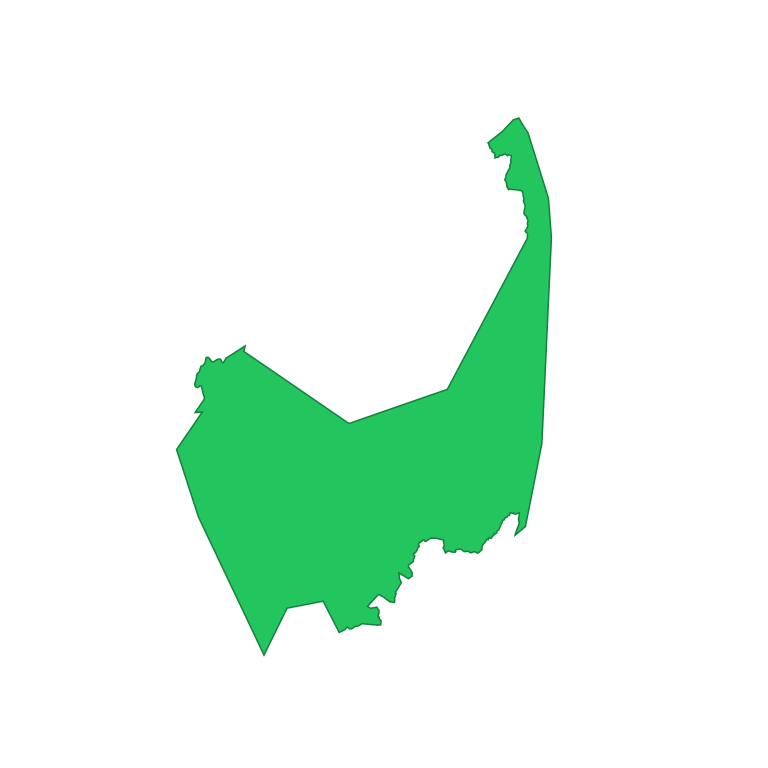 outline of Santa María Guienagati, Oaxaca, Mexico, rotated 19°
{"feature_id": "50627088B17469590564501", "entity_name": "Santa María Guienagati", "entity_type": "district", "adm_level": 2, "iso_a3": "MEX", "parent_name": "Mexico", "parent_adm1": "Oaxaca", "projection": "natural_earth1", "projection_center": [-95.328, 16.779], "detail": "fine", "context": "isolated", "style": "filled", "palette": "green", "viewbox_px": 768, "rotation_deg": 19, "n_neighbors": 0, "source": "geoboundaries", "source_scale": "gbopen_adm2", "svg_char_len": 5971}
<svg xmlns="http://www.w3.org/2000/svg" viewBox="0 0 768 768"><g transform="rotate(19 384 384)"><path d="M438.4,99.6L434.5,96.7L430.0,93.1L425.7,89.2L424.9,88.6L420.2,92.3L413.7,106.6L413.0,107.7L405.1,120.1L404.1,121.8L403.8,122.2L404.8,122.4L405.0,123.2L405.2,123.5L405.5,123.9L405.8,124.4L406.3,124.9L406.8,125.4L407.1,126.0L407.4,126.5L408.1,126.7L408.9,126.6L409.4,126.8L409.8,127.0L410.0,127.2L410.4,129.0L411.8,129.5L413.0,129.6L413.5,130.2L414.1,130.9L414.4,131.5L414.5,132.2L414.7,132.7L415.4,133.4L415.3,134.1L416.1,133.6L416.8,132.9L417.9,132.7L418.4,132.2L418.7,131.7L418.9,130.5L419.6,130.1L420.4,129.7L421.8,128.8L422.5,127.7L423.4,127.0L424.6,127.3L426.3,128.0L426.6,127.6L426.8,127.3L427.3,126.7L427.9,126.5L429.7,126.8L430.0,126.8L430.5,127.6L430.7,129.5L430.9,130.4L431.4,132.2L431.9,133.4L431.9,134.1L431.7,136.2L432.2,137.3L432.4,137.9L432.5,138.8L432.5,139.5L431.9,141.7L431.6,144.5L431.3,146.3L431.8,148.4L431.9,148.8L431.9,150.0L431.6,151.1L431.9,151.9L432.9,152.5L433.6,153.1L434.4,154.2L434.9,155.3L435.5,156.4L436.2,157.3L436.3,157.9L437.2,158.4L438.0,159.3L438.4,159.7L439.2,158.9L440.2,158.6L441.6,158.4L442.6,158.2L443.9,157.9L445.5,157.3L446.8,157.1L448.1,156.9L449.0,156.6L450.0,156.6L451.0,156.7L452.0,156.7L452.5,157.8L453.2,158.4L453.6,159.0L454.0,160.1L454.5,161.1L454.9,161.7L455.5,162.3L456.1,163.1L456.1,164.2L456.3,165.7L457.0,166.7L458.2,167.8L459.1,169.1L459.7,170.5L460.0,171.8L460.1,174.5L460.4,176.1L460.9,177.3L461.3,177.7L462.2,178.4L464.0,179.1L466.7,182.3L467.2,183.7L467.1,184.5L467.6,186.3L468.3,187.1L468.5,188.5L468.3,190.9L468.0,192.2L467.6,192.9L467.6,193.4L468.1,194.0L469.0,194.3L470.3,194.8L471.0,195.6L471.3,197.0L471.4,197.6L471.5,198.0L472.1,199.2L445.6,368.5L406.9,398.8L391.4,411.0L379.7,420.2L363.7,432.8L303.1,416.0L272.7,407.6L241.0,398.9L240.3,393.2L226.0,411.3L226.1,411.9L225.5,414.5L225.2,415.9L224.5,416.5L223.2,415.7L222.5,414.6L220.8,413.7L218.4,415.0L217.0,416.7L215.9,418.1L214.7,418.8L213.7,418.9L212.0,417.5L210.8,416.7L208.9,416.0L207.7,416.5L207.3,416.9L207.3,418.4L207.6,420.0L207.9,420.8L207.8,422.3L207.3,424.1L206.6,425.8L205.2,426.6L205.2,429.8L205.3,430.8L205.4,431.4L205.3,432.6L205.0,433.4L204.3,434.5L203.9,436.0L204.1,437.7L204.6,438.8L204.8,439.9L204.7,441.0L204.9,442.2L204.9,444.4L205.1,446.1L205.8,447.2L206.8,447.9L208.1,448.1L208.8,447.9L209.6,447.3L210.1,446.6L210.3,445.9L211.1,445.6L211.7,445.6L212.4,446.2L213.2,447.0L213.7,448.3L214.5,449.4L215.1,450.2L215.7,451.3L216.4,452.3L217.0,453.4L217.8,454.0L218.3,454.9L218.6,455.5L218.9,456.5L218.9,457.2L214.7,472.5L221.3,469.7L209.2,513.5L252.0,570.3L265.5,584.1L338.2,658.3L358.8,679.4L365.3,627.6L370.7,624.4L397.2,609.2L411.5,622.9L422.5,633.5L426.9,629.2L428.1,625.8L431.1,626.7L433.2,626.0L435.9,622.3L436.6,622.0L438.2,621.3L439.2,620.4L439.8,619.6L441.4,617.6L442.4,617.5L453.3,614.9L454.4,614.3L456.0,614.4L457.2,613.6L458.5,613.2L459.2,613.0L459.0,612.0L458.9,610.6L458.5,609.7L458.2,608.5L457.3,608.2L455.9,607.7L455.6,606.6L454.9,605.6L453.8,605.4L453.8,604.0L453.5,603.1L454.0,602.1L453.4,601.3L453.3,600.6L453.1,599.9L452.7,599.5L452.1,599.2L451.2,598.4L449.9,597.3L444.5,600.4L440.8,599.7L447.3,584.8L448.4,584.7L449.3,585.1L450.3,585.2L452.6,585.6L453.7,585.7L454.4,586.2L455.5,586.4L456.1,586.6L456.6,587.0L457.7,587.1L458.5,587.2L459.4,587.7L460.2,588.2L460.9,587.9L461.4,587.5L462.0,587.7L462.9,587.6L463.2,587.3L463.7,587.3L464.3,587.4L464.8,587.3L464.9,586.6L464.8,585.9L464.8,585.5L464.5,585.0L464.2,584.0L463.8,583.4L463.7,582.7L463.7,582.2L463.8,581.6L463.9,581.0L463.8,580.2L463.5,579.5L463.7,578.2L462.9,577.4L462.8,576.3L463.0,574.9L463.5,573.9L463.6,573.4L463.8,572.5L464.0,571.7L464.2,569.3L464.8,568.6L464.9,565.9L462.1,563.1L459.6,557.8L470.5,560.1L473.2,556.3L472.5,555.7L472.5,554.7L472.3,553.9L472.0,553.0L471.2,552.6L470.7,552.2L469.7,551.0L468.7,550.4L468.1,549.7L466.9,549.2L466.4,548.4L466.3,547.3L466.6,546.4L467.5,545.3L467.9,544.8L468.7,543.8L469.2,543.0L469.5,542.1L469.4,541.5L469.1,540.6L469.1,539.4L469.1,538.3L469.1,537.3L468.9,536.3L468.6,536.1L467.7,535.8L467.0,535.3L466.9,534.8L467.5,534.4L468.0,533.6L468.5,533.4L468.9,532.5L468.9,531.9L469.2,531.5L469.2,530.3L469.6,529.7L469.6,529.0L469.2,528.1L469.2,527.4L469.9,526.9L470.2,526.3L469.7,525.1L469.1,525.0L468.4,524.2L468.5,523.8L468.8,523.7L469.0,523.2L469.2,522.6L469.1,522.1L470.0,521.8L470.2,521.5L470.4,520.5L471.2,520.0L471.3,519.5L471.7,518.8L472.3,518.8L472.7,518.4L473.1,518.5L473.7,519.3L474.2,519.1L474.9,519.2L478.0,514.8L483.9,512.7L484.7,512.8L491.1,512.1L491.3,513.5L492.2,514.7L493.0,515.8L493.3,516.7L493.7,518.8L493.2,519.7L494.2,520.5L495.1,520.8L495.0,521.6L496.5,522.9L497.2,523.8L498.5,521.7L499.7,520.7L501.1,520.6L502.2,520.9L503.4,520.6L504.4,520.4L505.5,520.0L506.3,519.7L506.4,518.9L505.7,518.3L505.7,517.7L506.2,516.9L507.3,516.8L508.4,515.9L509.7,515.0L511.1,515.2L512.9,516.0L514.8,516.2L516.2,515.7L517.2,514.9L518.1,514.7L519.0,515.0L520.3,515.4L521.6,515.1L522.9,513.9L523.9,513.3L525.2,513.0L526.2,513.4L527.3,513.5L528.1,513.2L529.5,510.6L530.5,509.1L530.2,507.6L529.8,506.6L529.5,505.3L529.8,504.0L531.4,499.8L531.5,498.6L531.6,497.7L532.2,497.5L533.2,497.4L533.2,496.6L532.8,495.6L533.5,494.9L534.6,495.3L535.5,495.1L536.0,494.0L535.9,492.6L537.0,491.7L537.1,489.4L538.3,489.4L539.0,488.4L538.8,487.0L539.0,485.7L539.7,485.1L540.2,483.8L540.2,482.8L540.2,481.4L540.4,479.6L540.5,477.6L540.8,476.8L540.7,475.5L540.5,474.1L541.2,473.9L541.7,473.4L541.9,473.3L541.9,472.5L542.2,471.5L542.2,470.8L542.8,470.5L543.5,469.9L543.9,469.0L544.1,468.1L544.9,467.7L545.4,467.1L545.1,465.6L545.3,464.7L546.1,464.7L546.7,464.5L548.0,464.2L548.8,463.8L549.3,464.3L550.5,464.5L551.3,463.7L552.4,463.0L553.8,461.8L554.3,462.7L554.4,463.6L554.6,464.5L555.0,465.9L554.7,466.7L555.2,467.8L555.5,468.9L556.0,469.9L556.8,470.5L557.2,471.8L557.0,482.9L557.2,484.3L564.1,472.8L561.7,454.7L552.6,388.7L507.1,233.6L494.7,191.2L479.0,154.8L438.4,99.6Z" fill="#22c55e" stroke="#15803d" stroke-width="1.5"/></g></svg>